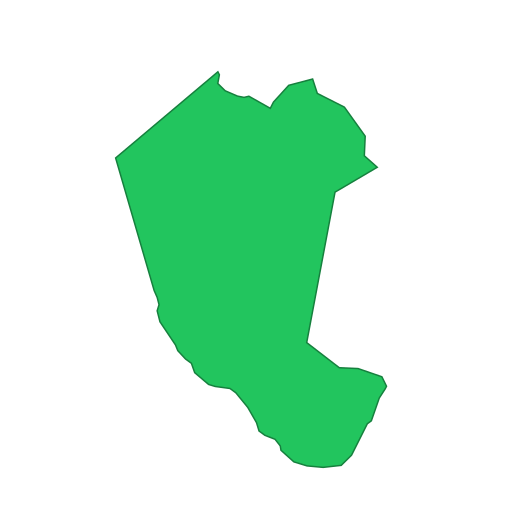 Pamlico, North Carolina, United States of America, rotated 107°
{"feature_id": "52423323B84079682288186", "entity_name": "Pamlico", "entity_type": "district", "adm_level": 2, "iso_a3": "USA", "parent_name": "United States of America", "parent_adm1": "North Carolina", "projection": "mercator", "projection_center": [-76.685, 35.151], "detail": "fine", "context": "isolated", "style": "filled", "palette": "green", "viewbox_px": 512, "rotation_deg": 107, "n_neighbors": 0, "source": "geoboundaries", "source_scale": "gbopen_adm2", "svg_char_len": 808}
<svg xmlns="http://www.w3.org/2000/svg" viewBox="0 0 512 512"><g transform="rotate(107 256 256)"><path d="M91.0,346.3L203.3,418.9L318.8,343.3L324.5,338.4L330.9,334.5L337.3,334.5L347.0,328.6L364.6,307.0L369.4,303.1L375.1,293.3L377.5,286.4L385.5,280.5L392.7,263.8L392.7,256.9L390.3,242.2L392.7,235.3L403.2,219.6L415.2,206.8L422.5,201.9L424.9,195.0L425.7,184.2L430.5,177.3L434.5,175.3L441.8,159.6L441.8,145.8L438.5,130.0L431.3,113.3L418.5,106.4L383.9,100.5L379.9,97.5L355.8,96.6L345.3,93.6L342.4,93.1L334.7,100.3L333.8,125.5L338.5,143.7L324.0,182.2L171.8,199.1L135.7,166.0L128.5,181.7L109.5,186.6L87.8,215.0L82.6,244.9L70.2,253.6L83.2,274.6L103.7,284.3L110.6,285.5L105.3,309.5L107.8,313.8L108.5,320.5L107.0,333.8L102.2,343.0L93.4,344.0L91.0,346.3Z" fill="#22c55e" stroke="#15803d" stroke-width="1.5"/></g></svg>